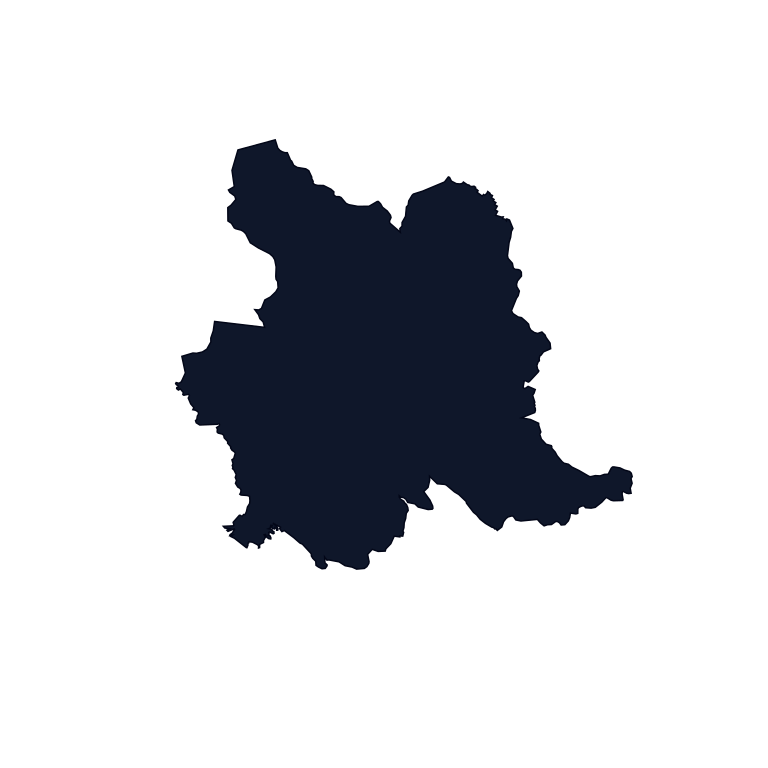 Tlaola, Puebla, Mexico (Equal Earth projection), rotated 309°
{"feature_id": "50627088B3423694418611", "entity_name": "Tlaola", "entity_type": "district", "adm_level": 2, "iso_a3": "MEX", "parent_name": "Mexico", "parent_adm1": "Puebla", "projection": "equal_earth", "projection_center": [-97.92, 20.163], "detail": "fine", "context": "isolated", "style": "filled", "palette": "ink", "viewbox_px": 768, "rotation_deg": 309, "n_neighbors": 0, "source": "geoboundaries", "source_scale": "gbopen_adm2", "svg_char_len": 6159}
<svg xmlns="http://www.w3.org/2000/svg" viewBox="0 0 768 768"><g transform="rotate(309 384 384)"><path d="M468.3,635.1L470.3,632.3L470.6,629.9L468.5,625.2L467.3,620.2L464.3,614.9L463.3,613.8L461.5,613.6L455.0,615.0L452.4,612.1L448.6,609.8L445.8,605.9L442.0,602.9L441.3,601.6L439.5,590.1L437.7,582.3L437.7,577.8L435.7,573.7L435.7,571.3L437.2,563.7L438.8,559.9L439.7,554.5L440.7,554.1L441.4,552.9L439.2,547.9L440.2,541.0L443.0,536.6L445.4,536.1L449.2,530.3L450.8,528.9L448.6,520.2L444.2,512.1L456.7,519.1L458.7,518.3L460.3,516.9L461.2,515.0L462.4,514.8L463.7,512.7L464.7,512.7L468.8,506.6L471.2,506.4L474.9,505.0L472.8,497.5L469.0,496.4L468.8,494.3L474.6,491.0L475.6,492.0L476.3,494.9L477.3,495.4L490.2,496.3L491.6,496.1L492.2,494.0L494.5,491.2L498.0,489.9L499.8,490.1L501.8,488.3L504.4,487.4L505.3,487.9L509.3,487.7L516.3,491.3L520.3,487.3L522.2,480.5L523.4,478.4L523.8,474.0L520.0,471.6L518.6,468.5L518.3,464.3L519.4,461.3L521.5,458.7L521.9,454.9L522.1,449.1L520.5,446.1L519.9,439.9L521.2,436.9L533.9,433.0L537.1,432.7L541.4,430.7L543.2,426.0L545.0,424.2L548.1,422.9L554.4,422.9L557.3,420.4L558.0,418.1L557.4,416.3L555.5,413.5L555.6,411.4L558.6,407.8L559.7,401.4L561.4,399.2L572.8,392.1L577.7,390.1L582.7,387.0L586.0,386.3L590.4,378.3L589.6,375.6L587.9,376.4L588.3,374.4L587.0,372.1L588.9,371.5L587.6,370.1L585.3,364.5L589.7,363.6L589.2,360.8L593.5,360.1L593.0,357.1L595.4,356.8L595.0,353.6L596.7,353.4L596.4,350.3L598.7,349.7L598.1,346.9L598.9,346.5L598.9,343.5L596.4,344.0L593.9,343.3L593.9,342.1L591.8,342.1L591.6,335.6L593.4,335.5L593.6,333.1L593.1,331.9L594.5,331.4L594.4,329.5L592.6,327.9L591.9,326.2L592.1,324.8L591.3,323.4L590.9,318.6L589.4,318.7L587.4,317.3L585.2,314.1L584.1,308.7L585.8,304.9L585.4,303.7L579.1,303.9L558.1,292.6L550.1,287.3L548.3,287.1L541.9,288.0L538.2,290.2L535.7,290.0L527.9,295.2L520.9,296.4L518.0,298.7L514.8,298.5L512.2,301.2L512.7,287.3L514.1,285.7L517.8,284.7L519.2,282.8L520.5,277.7L520.4,271.6L521.9,267.9L522.3,264.8L521.6,263.9L512.7,260.5L505.6,251.9L501.2,243.8L500.5,240.8L501.9,233.3L501.4,231.3L499.4,228.7L499.3,227.4L499.5,225.7L501.8,224.1L502.0,220.2L500.2,212.1L496.5,207.3L495.3,204.6L495.4,202.4L496.9,201.4L498.3,198.3L499.3,197.7L502.4,191.3L502.0,187.8L497.7,180.3L497.1,176.2L499.1,172.0L499.1,170.6L502.9,163.3L501.4,161.4L500.4,158.7L500.0,156.0L500.5,153.0L505.3,145.8L474.0,123.2L454.4,131.4L443.2,143.4L436.9,141.0L435.9,143.6L436.2,149.7L434.2,152.7L426.7,152.6L422.8,151.6L412.5,160.1L412.9,164.3L411.1,169.4L411.4,171.1L413.7,176.2L414.1,178.8L413.8,182.0L409.6,191.2L410.7,200.9L413.3,213.0L413.1,217.4L411.8,220.9L407.1,226.5L399.5,232.2L397.5,234.2L396.7,236.9L392.1,241.2L387.6,241.9L380.2,241.0L374.3,238.5L365.6,241.2L362.8,240.1L360.5,236.8L358.9,242.9L356.7,246.4L356.2,251.0L352.9,255.6L326.0,213.0L317.8,217.9L310.7,220.5L307.7,223.0L299.6,224.4L294.6,222.7L289.9,219.0L287.8,216.0L278.3,209.5L267.6,222.7L258.2,225.1L255.6,224.3L254.3,221.6L253.2,221.8L252.8,223.0L253.0,225.2L252.3,226.2L250.9,225.2L249.9,225.8L249.9,228.0L252.0,228.9L251.1,233.4L249.2,234.3L249.3,235.5L253.0,238.6L252.4,240.2L249.9,240.7L246.9,246.3L246.0,251.1L243.7,251.6L245.0,254.0L245.4,257.1L243.9,258.8L241.6,259.1L238.7,260.8L236.9,260.6L235.7,262.5L236.2,266.6L247.8,279.8L249.5,280.7L248.9,281.9L247.7,282.3L244.8,281.3L244.1,282.9L241.7,284.5L241.5,286.0L243.2,289.6L243.3,291.7L241.6,293.7L240.9,298.9L239.6,299.7L238.8,304.4L237.8,305.0L236.9,307.5L237.1,310.7L236.6,312.0L231.5,314.1L229.4,313.5L227.1,316.8L225.1,317.4L224.4,318.9L222.9,319.5L222.7,321.7L220.6,326.2L217.8,327.2L216.3,330.0L213.3,331.1L211.9,335.2L212.3,337.8L211.7,339.5L209.7,340.9L207.6,341.3L207.7,342.7L211.3,347.9L212.1,350.2L208.9,353.3L206.5,354.8L202.5,355.3L198.0,357.5L195.0,358.2L194.2,357.0L191.8,357.1L191.5,354.9L190.9,354.2L181.6,353.8L179.8,356.2L179.1,356.3L172.3,348.7L171.9,350.9L174.5,355.4L171.5,353.9L171.3,355.5L177.2,358.8L177.0,359.3L172.9,359.9L170.1,359.2L169.1,359.5L171.2,361.4L169.1,361.0L170.0,364.9L170.2,380.0L170.5,380.5L173.1,379.7L174.5,378.5L175.3,378.9L176.4,378.3L178.3,381.3L179.5,387.0L179.1,388.6L177.6,389.7L178.6,390.3L181.1,388.3L185.0,390.1L186.6,388.8L190.2,388.3L191.4,385.7L192.5,386.5L191.1,389.6L191.3,391.8L192.3,393.5L193.2,393.0L194.3,391.0L193.7,389.1L195.2,389.1L196.0,387.9L197.0,388.1L197.8,392.1L198.8,392.5L200.0,391.3L199.6,389.9L200.4,388.4L198.8,385.3L200.5,386.2L202.9,384.9L203.9,386.2L201.9,386.9L201.6,388.1L202.4,390.0L203.7,389.3L203.8,391.4L202.8,392.6L203.5,393.4L204.6,392.9L205.5,391.4L206.0,385.1L207.6,393.7L205.9,393.9L205.0,397.5L207.4,398.8L207.8,410.6L207.5,418.8L208.2,421.4L206.3,434.3L204.6,435.9L203.7,438.4L203.3,442.5L200.3,445.3L200.5,448.2L201.4,452.1L203.7,454.4L206.7,454.2L207.6,453.7L207.9,450.6L212.2,446.7L211.2,450.5L212.6,451.9L217.5,461.0L218.3,468.1L221.6,474.4L222.9,479.2L228.3,484.8L231.3,485.6L235.0,485.1L236.5,484.2L241.3,478.5L248.1,478.9L250.2,484.8L254.9,490.1L257.1,489.2L264.2,489.8L272.2,487.7L275.1,492.5L275.8,491.8L277.6,494.3L281.1,492.6L281.5,491.3L284.9,489.9L288.8,487.1L293.1,485.5L297.5,482.7L300.9,482.4L302.9,480.3L304.5,477.3L304.7,474.5L305.4,473.2L304.9,469.2L305.7,467.0L306.8,466.1L306.7,468.6L308.0,470.6L308.2,473.5L306.9,477.0L310.3,483.4L309.9,488.0L314.2,497.3L317.1,500.3L318.1,500.3L319.8,498.6L322.7,492.7L325.4,482.6L331.4,483.3L337.9,480.1L341.0,477.4L340.0,488.2L344.2,494.4L344.7,496.0L344.5,506.7L345.2,511.6L344.4,521.7L343.3,523.1L340.6,534.3L340.6,538.3L339.4,543.8L339.5,550.5L340.6,557.9L341.3,559.4L341.1,561.5L341.9,562.1L341.5,564.2L347.0,565.5L352.2,563.6L356.3,563.5L358.8,564.1L361.7,566.2L362.4,567.1L362.3,568.7L361.3,572.0L363.7,576.6L375.3,588.4L374.5,593.1L374.5,597.7L377.5,599.6L380.2,602.6L385.3,604.0L386.3,605.5L386.6,607.7L385.9,610.4L388.5,613.1L393.6,613.4L397.0,612.4L401.0,610.1L403.8,614.9L405.4,616.0L409.0,613.2L410.5,613.0L413.1,614.2L414.6,615.3L415.1,616.5L414.7,618.5L417.9,623.1L421.1,625.8L429.2,627.6L435.4,628.0L436.0,629.1L436.6,633.6L437.6,635.7L443.7,642.8L444.5,642.7L448.3,638.3L450.1,637.1L451.1,637.5L451.8,641.2L452.8,643.1L454.6,644.8L458.0,640.9L463.0,639.3L465.9,635.5L468.3,635.1Z" fill="#0f172a" stroke="#020617" stroke-width="1.5"/></g></svg>